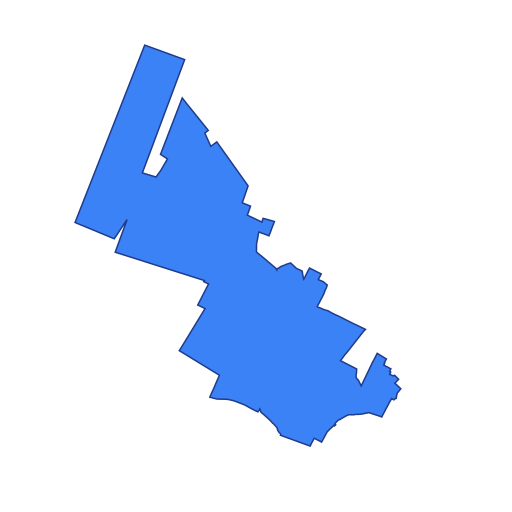 outline of Halachó, Yucatán, Mexico, rotated 20°
{"feature_id": "50627088B14474633080003", "entity_name": "Halachó", "entity_type": "district", "adm_level": 2, "iso_a3": "MEX", "parent_name": "Mexico", "parent_adm1": "Yucatán", "projection": "orthographic", "projection_center": [-90.126, 20.586], "detail": "fine", "context": "isolated", "style": "filled", "palette": "blue", "viewbox_px": 512, "rotation_deg": 20, "n_neighbors": 0, "source": "geoboundaries", "source_scale": "gbopen_adm2", "svg_char_len": 4330}
<svg xmlns="http://www.w3.org/2000/svg" viewBox="0 0 512 512"><g transform="rotate(20 256 256)"><path d="M430.5,354.7L431.3,349.4L431.2,349.1L432.3,343.5L433.1,343.7L433.3,343.8L434.8,344.0L435.1,343.1L436.4,341.9L435.6,337.0L435.7,336.4L437.5,331.2L430.0,328.0L432.2,323.1L427.1,320.7L426.1,321.7L422.1,321.5L422.2,320.7L422.3,319.0L421.5,318.8L421.4,318.8L421.0,318.7L421.3,315.9L421.2,315.9L413.4,314.8L413.6,312.5L413.1,312.4L413.8,308.2L403.2,306.0L402.0,315.5L401.9,315.5L401.7,317.4L401.6,318.5L401.4,320.8L399.3,342.1L397.3,340.2L394.6,337.6L393.1,337.0L391.8,336.1L390.7,333.6L390.3,331.0L389.2,327.7L386.7,327.4L371.5,325.5L371.3,325.4L371.2,325.4L373.4,318.1L374.4,315.6L382.5,291.0L382.8,290.1L384.0,287.5L368.6,286.0L354.5,284.3L353.9,284.2L353.7,284.2L352.7,284.2L351.8,284.1L349.7,283.9L348.3,283.8L347.8,283.7L346.0,283.5L345.6,283.4L345.2,283.3L344.6,283.2L343.9,283.1L342.8,282.9L342.2,282.8L341.8,282.8L341.2,282.9L340.6,283.1L340.1,283.1L339.4,283.0L338.9,283.1L337.5,283.1L336.5,283.0L335.9,282.9L333.7,282.9L333.3,282.8L333.1,282.8L332.7,282.9L331.1,282.8L330.9,282.8L330.9,282.6L330.9,281.7L331.2,279.8L331.4,278.4L331.5,278.2L331.6,276.9L331.6,276.7L332.2,272.7L332.4,270.9L332.6,269.1L332.7,268.9L332.7,264.4L333.0,262.1L332.9,258.9L330.8,258.2L328.2,257.2L327.5,257.1L325.6,257.0L325.4,257.0L323.6,256.9L322.6,256.8L322.7,255.9L323.0,254.1L323.2,252.3L323.4,250.5L320.7,250.2L320.3,250.2L317.6,249.9L314.7,249.5L312.9,249.3L311.2,249.1L310.4,249.0L310.3,249.8L310.2,250.7L310.0,251.6L309.9,252.5L309.8,253.4L309.7,254.3L309.6,255.2L309.5,256.1L309.4,257.0L309.3,257.8L309.2,258.7L309.1,259.6L308.8,261.4L308.5,261.0L308.2,260.5L307.7,259.8L307.6,259.7L307.4,259.4L306.4,257.7L305.9,256.9L305.8,256.7L305.5,256.1L305.4,255.9L304.8,254.9L304.6,254.4L304.0,254.3L303.8,254.3L303.2,254.2L302.7,254.2L301.7,254.1L301.3,254.0L300.9,254.0L300.0,254.0L299.7,254.0L299.2,253.9L298.8,253.9L298.4,253.8L297.2,253.4L296.2,252.9L295.6,252.6L295.4,252.6L294.9,252.4L294.7,252.3L294.2,252.1L293.8,251.9L292.8,251.6L291.7,251.0L291.0,250.7L290.0,251.4L289.4,251.8L288.5,252.6L288.3,252.7L287.7,253.0L286.7,254.1L286.5,254.3L284.8,255.8L284.6,256.0L284.4,256.1L283.9,256.5L282.8,257.6L282.4,258.1L282.1,258.7L281.8,259.2L280.1,260.8L280.3,262.0L279.6,261.5L279.2,261.0L278.7,260.7L262.0,254.5L260.0,253.8L259.1,253.5L258.2,253.2L257.4,252.9L256.5,252.6L255.7,252.3L255.0,252.0L254.2,249.6L253.7,248.1L253.1,246.5L252.6,245.1L252.1,243.1L251.7,240.2L251.1,236.5L250.7,234.9L250.6,232.4L253.3,232.5L256.6,232.5L259.3,232.5L261.3,232.6L261.4,229.4L261.4,226.8L261.4,223.4L261.5,219.9L261.5,218.6L261.5,217.3L258.5,217.5L256.8,217.6L255.9,217.7L255.0,217.8L254.2,217.8L253.3,217.9L252.4,218.0L251.5,218.0L250.7,218.1L249.8,218.2L249.8,220.0L250.0,221.3L250.0,221.7L250.0,222.1L233.9,220.6L233.9,216.0L233.8,211.0L227.5,210.8L224.9,210.7L224.6,192.8L180.1,162.2L176.0,168.4L165.9,158.0L168.2,154.3L140.2,137.4L135.8,134.7L132.6,132.7L131.5,193.2L139.6,195.1L137.2,208.4L135.0,216.0L124.2,216.6L120.8,216.7L121.8,95.9L79.3,95.9L74.5,286.4L116.9,288.3L122.4,265.8L122.4,300.6L216.0,296.7L215.7,298.0L215.9,298.0L221.0,298.5L218.0,322.0L226.1,322.8L218.8,359.1L216.3,371.2L261.7,380.4L262.4,380.5L262.3,382.3L261.9,388.4L261.6,394.7L261.1,400.4L260.9,404.5L268.2,403.8L276.7,400.9L279.7,400.2L285.0,399.6L286.8,399.6L290.8,399.7L292.7,399.7L295.0,399.8L296.8,399.9L299.4,400.3L304.2,401.1L305.5,401.2L308.3,401.6L308.8,401.6L309.4,401.7L310.1,401.7L311.1,401.8L312.0,399.0L311.9,398.4L312.4,398.7L313.1,399.9L314.1,401.1L315.3,401.6L317.3,402.2L319.3,403.1L321.4,403.9L322.5,404.4L323.7,404.8L324.8,405.4L325.4,405.6L326.5,406.1L326.7,406.3L327.3,406.5L327.7,406.8L328.6,407.3L330.3,407.9L332.3,409.0L333.2,409.5L334.1,409.9L335.2,411.2L335.6,411.9L335.9,412.2L336.2,412.3L336.6,412.9L338.4,414.1L338.9,414.3L339.0,414.4L340.0,414.9L340.2,415.1L340.5,415.6L340.4,416.1L371.9,416.1L372.2,413.2L373.0,407.4L381.3,408.4L382.2,402.5L383.0,397.0L384.3,394.1L386.5,389.8L387.0,388.6L387.7,388.9L388.2,387.9L388.3,388.0L388.6,387.4L387.7,387.0L387.8,385.5L388.4,384.4L389.6,381.7L390.9,381.0L391.2,380.5L391.5,380.0L395.6,375.2L397.5,373.4L401.9,371.9L404.0,370.7L406.6,369.7L410.1,368.0L413.1,366.1L414.5,365.3L415.5,364.6L427.4,364.2L427.5,364.2L429.2,364.3L430.5,354.7Z" fill="#3b82f6" stroke="#1e3a8a" stroke-width="1.5"/></g></svg>